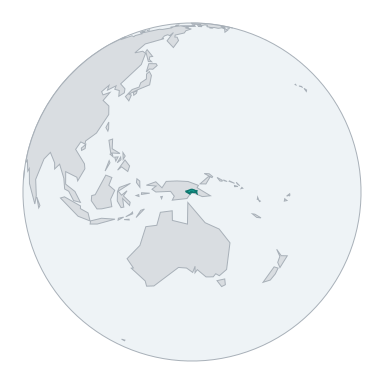 globe centered on Gulf, rotated 344°
{"feature_id": "PNG-1244", "entity_name": "Gulf", "entity_type": "Province", "adm_level": 1, "iso_a3": "PNG", "parent_name": "Papua New Guinea", "parent_adm1": "", "projection": "orthographic", "projection_center": [144.902, -7.657], "detail": "fine", "context": "on_globe", "style": "filled", "palette": "teal", "viewbox_px": 384, "rotation_deg": 344, "n_neighbors": 0, "source": "natural_earth", "source_scale": "10m", "svg_char_len": 7088}
<svg xmlns="http://www.w3.org/2000/svg" viewBox="0 0 384 384"><g transform="rotate(344 192 192)"><circle cx="192" cy="192" r="169" fill="#eef3f6" stroke="#a8b0b8"/><path d="M285.4,220.6L285.3,221.9L285.1,222.1L285.4,220.6ZM276.4,45.6L268.2,41.6L269.4,43.1L265.3,40.5L270.9,46.3L267.7,47.5L268.3,44.2L266.0,42.4L262.3,41.9L259.1,40.2L255.5,39.1L252.0,37.2L252.7,36.0L250.5,34.9L247.9,34.7L242.9,33.1L246.9,33.5L238.5,30.8L238.1,29.6L243.9,31.2L255.0,35.2L265.9,40.1L276.4,45.6ZM329.6,126.9L328.2,123.2L330.3,125.6L329.6,126.9ZM326.5,121.0L327.1,122.2L326.4,121.2L326.5,121.0ZM325.3,120.2L326.2,120.8L325.3,120.5L325.3,120.2ZM324.0,119.7L324.7,119.8L324.6,120.0L324.0,119.7ZM321.4,117.8L320.7,117.2L321.3,117.0L321.4,117.8ZM271.0,44.9L272.7,45.1L272.2,45.5L271.0,44.9ZM255.6,39.3L256.1,39.9L254.0,39.1L255.6,39.3ZM246.8,35.7L243.3,34.5L247.0,35.4L246.8,35.7ZM241.3,33.8L232.6,31.6L233.1,32.5L226.9,29.1L236.3,31.8L240.8,32.6L239.5,32.8L241.3,33.8ZM224.8,27.8L222.8,27.3L225.0,27.7L224.8,27.8ZM127.8,35.7L132.0,34.1L133.5,33.5L144.6,29.8L147.5,29.0L152.8,27.6L168.6,24.7L170.9,24.9L165.3,25.9L177.3,25.3L178.9,26.7L180.5,26.0L187.3,26.1L186.9,25.6L188.1,25.4L205.5,26.6L208.4,27.6L217.6,28.6L218.4,28.4L216.8,27.6L226.9,29.1L233.1,32.5L230.9,32.6L236.3,35.1L230.6,35.3L228.4,37.0L219.1,36.5L218.2,38.3L220.4,39.1L220.8,42.7L213.9,48.0L209.7,39.8L218.1,33.6L213.8,35.5L211.9,34.1L208.5,34.4L205.8,36.1L207.3,36.9L187.9,36.8L175.4,42.5L183.4,43.1L185.6,45.9L178.4,55.5L153.2,68.4L156.0,74.3L154.3,78.0L148.0,79.8L150.1,74.4L146.1,72.0L148.3,69.0L138.8,70.8L141.6,66.6L132.8,70.6L133.2,74.1L140.6,73.7L131.8,79.5L135.8,86.4L133.3,94.6L116.4,109.0L103.8,113.6L102.4,116.4L98.9,113.2L91.9,118.9L96.4,135.3L95.4,140.2L85.2,149.8L85.4,146.1L76.2,137.6L72.7,149.6L79.6,159.2L81.9,171.2L75.8,167.6L73.7,157.3L70.4,154.0L72.6,143.5L72.4,128.8L66.3,132.0L68.0,126.1L66.8,114.9L58.8,119.5L45.2,136.8L41.3,152.6L37.6,160.2L38.1,139.0L42.1,124.6L39.9,126.7L42.5,116.1L40.1,118.0L45.9,107.1L52.5,96.7L59.8,86.8L67.8,77.5L76.4,68.8L85.7,60.7L95.5,53.3L105.9,46.7L116.7,40.8L127.8,35.7ZM37.1,124.4L36.3,126.6L33.4,133.7L37.1,124.4ZM83.7,314.0L86.7,315.9L86.1,316.4L83.7,314.0ZM119.1,199.8L124.0,200.8L123.9,201.6L119.1,199.8ZM114.0,196.9L119.4,197.3L113.2,198.7L114.0,196.9ZM121.5,197.5L127.0,196.1L129.3,194.9L129.0,196.6L121.5,197.5ZM110.5,196.9L92.1,196.7L85.2,194.7L86.6,191.8L97.8,192.3L110.5,196.9ZM86.0,191.7L75.8,183.9L63.9,161.5L68.1,161.5L81.0,174.7L80.1,177.2L86.3,183.4L86.0,191.7ZM111.8,176.5L110.9,184.0L100.6,183.3L96.0,182.1L92.8,172.6L94.6,167.8L98.2,167.9L113.8,152.0L119.0,156.0L113.9,162.6L118.2,169.1L111.8,176.5ZM41.4,154.0L42.1,163.0L40.3,165.0L41.4,154.0ZM121.2,141.3L114.2,147.9L121.0,139.0L121.2,141.3ZM125.9,133.1L125.8,136.4L123.7,133.1L125.9,133.1ZM101.2,120.8L97.3,121.6L97.7,119.3L103.0,117.0L101.2,120.8ZM131.3,101.8L129.3,108.1L127.9,110.3L127.0,106.3L131.3,101.8ZM166.8,24.9L170.8,24.4L171.0,24.4L170.1,24.5L166.8,24.9ZM168.2,24.7L167.8,24.8L168.2,24.7ZM250.3,286.6L253.8,288.9L249.5,293.7L243.0,298.2L235.4,298.4L250.3,286.6ZM194.4,291.1L191.6,284.1L199.5,284.6L198.5,290.3L194.4,291.1ZM255.0,283.3L258.7,278.1L257.6,270.4L260.2,277.8L266.0,279.6L255.7,288.9L255.0,283.3ZM158.2,260.8L129.5,271.8L122.4,270.0L122.5,264.6L112.6,248.5L114.7,248.8L111.2,238.2L127.2,229.0L138.1,212.6L149.0,214.3L156.0,202.8L167.8,204.6L165.3,213.9L178.8,221.6L185.1,200.9L196.1,225.1L207.9,235.1L214.5,251.3L203.9,276.0L195.2,280.0L192.3,277.1L189.0,279.4L182.1,277.5L175.7,268.1L172.6,270.5L174.5,264.2L170.5,269.5L165.8,263.6L158.2,260.8ZM244.0,229.6L246.4,230.7L251.2,235.9L247.2,234.3L244.0,229.6ZM279.3,224.0L281.0,226.4L278.2,226.2L279.3,224.0ZM285.1,222.1L281.8,222.0L285.4,220.6L285.1,222.1ZM253.7,217.8L255.2,219.6L254.3,219.9L253.7,217.8ZM252.7,217.1L253.7,215.0L253.9,217.4L252.7,217.1ZM240.0,202.3L241.2,201.3L241.9,202.4L240.0,202.3ZM131.2,201.1L137.7,195.5L141.6,195.2L131.2,201.1ZM237.7,199.4L234.4,198.6L234.6,197.4L237.7,199.4ZM237.7,196.6L237.2,194.8L239.6,199.2L237.7,196.6ZM231.0,191.6L235.3,195.4L230.6,191.9L231.0,191.6ZM228.7,191.6L225.7,189.8L225.9,189.3L228.7,191.6ZM198.1,189.3L208.7,200.7L200.7,199.3L191.5,191.9L185.4,196.9L170.8,194.4L173.8,191.1L171.6,185.5L157.2,182.0L154.3,178.3L159.2,176.4L150.0,172.9L160.0,172.2L164.3,179.7L170.1,174.7L180.5,177.2L191.1,180.8L200.0,187.4L198.1,189.3ZM160.6,187.9L162.3,188.1L160.9,190.1L160.6,187.9ZM220.1,184.9L224.4,189.1L223.9,189.9L221.9,189.1L220.1,184.9ZM202.0,186.4L211.5,181.9L213.8,182.3L207.6,188.1L202.0,186.4ZM208.9,177.6L213.5,179.2L216.1,182.9L215.2,183.7L208.9,177.6ZM140.1,179.8L139.8,181.7L137.3,180.0L140.1,179.8ZM143.3,178.8L151.0,181.5L142.7,180.4L143.3,178.8ZM121.3,170.9L123.4,175.6L129.9,172.9L125.0,176.9L129.7,184.8L128.3,187.7L123.5,179.1L122.3,187.7L119.5,187.5L117.7,180.0L120.4,171.2L123.3,167.6L135.2,166.7L121.3,170.9ZM143.2,173.1L141.2,167.6L142.7,164.1L144.8,167.1L143.2,173.1ZM135.9,154.6L131.2,148.4L126.5,150.5L136.4,142.7L139.2,149.8L135.9,154.6ZM132.6,141.4L128.2,143.3L133.1,138.7L132.6,141.4ZM127.3,141.3L127.3,137.2L130.6,137.9L127.3,141.3ZM134.8,141.7L136.5,135.0L137.7,139.0L134.8,141.7ZM127.2,128.4L133.4,135.1L124.6,132.0L126.4,119.4L130.3,119.2L127.2,128.4ZM162.7,83.0L163.0,80.0L167.1,79.7L165.8,81.8L162.7,83.0ZM180.8,77.3L168.3,78.7L158.3,80.5L160.4,82.1L156.4,87.0L154.3,81.9L162.7,77.0L170.0,76.6L172.9,72.8L179.3,70.8L180.8,66.1L184.2,64.4L185.1,68.8L180.8,77.3ZM181.1,64.1L185.9,56.7L192.9,58.8L193.4,60.8L188.2,63.2L184.9,62.0L181.1,64.1ZM189.1,55.7L186.0,54.5L186.3,44.3L188.1,42.8L191.5,50.9L188.7,50.4L187.4,52.7L189.1,55.7ZM222.5,27.5L222.8,27.3L223.9,27.8L222.5,27.5ZM187.8,25.1L189.7,24.9L190.9,25.2L187.8,25.1ZM195.6,24.6L192.9,24.4L196.4,24.4L195.6,24.6ZM186.7,24.1L192.1,24.2L186.1,24.4L186.7,24.1Z" fill="#d9dde1" stroke="#a8b0b8" stroke-width="1"/><path d="M196.3,194.7L196.0,194.3L196.0,194.2L195.9,194.0L195.9,193.9L195.8,193.7L195.7,193.7L195.5,193.4L195.4,193.3L195.3,193.2L195.2,193.2L194.9,193.1L194.6,193.0L194.5,192.9L194.4,192.8L194.2,192.9L193.9,192.8L193.6,192.9L193.3,192.6L193.2,192.6L192.9,192.5L192.8,192.4L192.8,192.5L192.7,192.5L192.6,192.4L192.5,192.5L192.3,192.5L192.2,192.5L192.2,192.3L191.9,192.4L191.9,192.2L191.9,191.9L191.9,191.7L191.8,191.8L191.8,192.0L191.7,192.1L191.4,191.9L191.3,191.7L191.3,191.8L191.3,192.0L191.2,192.0L191.0,191.9L191.0,191.7L190.9,191.7L190.9,191.8L190.9,192.0L190.8,191.9L190.7,191.9L190.6,191.7L190.6,191.8L190.6,192.0L190.8,192.3L190.7,192.3L190.6,192.2L190.5,192.3L190.4,192.3L190.4,192.2L190.3,191.9L190.3,192.0L190.2,192.0L190.2,191.9L190.1,192.0L190.1,192.3L189.9,192.4L189.7,192.3L189.1,192.1L188.9,192.0L188.9,191.9L188.7,191.6L188.4,191.4L188.4,191.5L188.5,191.6L188.7,191.8L188.9,192.2L188.9,192.3L189.0,192.5L189.2,192.8L189.2,193.0L186.4,190.2L186.4,189.6L188.4,189.6L191.4,189.3L191.5,189.3L191.8,189.3L192.0,189.3L192.3,189.4L192.4,189.5L192.5,189.5L192.8,189.6L193.0,189.6L194.8,190.8L195.3,191.4L195.4,191.5L195.5,191.6L196.4,191.9L197.0,192.3L196.8,192.5L196.6,192.7L196.5,192.8L196.4,192.8L196.4,193.0L196.3,194.7L196.3,194.7Z" fill="#14b8a6" stroke="#0f766e" stroke-width="1.5"/></g></svg>